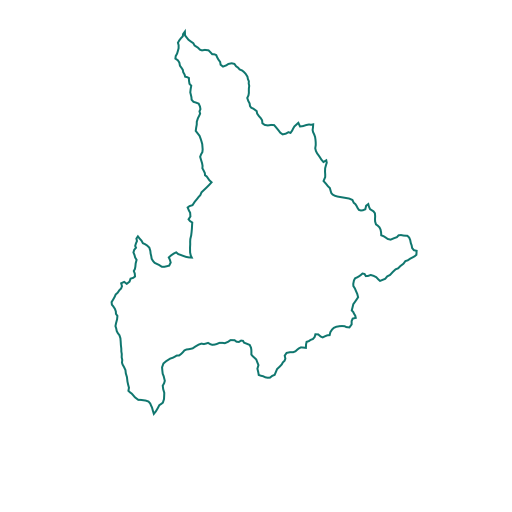 Santo Antônio do Monte, Minas Gerais, Brazil, rotated 21°
{"feature_id": "56859067B70923640932265", "entity_name": "Santo Antônio do Monte", "entity_type": "district", "adm_level": 2, "iso_a3": "BRA", "parent_name": "Brazil", "parent_adm1": "Minas Gerais", "projection": "natural_earth1", "projection_center": [-45.306, -20.094], "detail": "fine", "context": "isolated", "style": "outline", "palette": "teal", "viewbox_px": 512, "rotation_deg": 21, "n_neighbors": 0, "source": "geoboundaries", "source_scale": "gbopen_adm2", "svg_char_len": 6119}
<svg xmlns="http://www.w3.org/2000/svg" viewBox="0 0 512 512"><g transform="rotate(21 256 256)"><path d="M262.2,112.6L260.4,113.8L258.4,114.2L256.0,115.7L253.3,117.9L250.7,119.3L247.8,116.5L246.5,119.1L245.4,121.3L245.0,123.8L244.8,126.0L244.1,128.7L241.9,128.8L240.0,131.1L237.3,132.9L234.5,132.2L232.1,130.7L228.6,128.7L226.0,127.3L223.2,128.2L220.2,129.9L217.1,130.5L214.4,129.8L213.1,127.2L211.2,125.7L208.5,124.3L206.0,122.6L204.7,120.5L200.7,119.4L198.4,119.3L196.7,118.2L195.3,115.8L193.3,114.1L191.2,111.6L191.4,108.7L190.9,106.3L190.1,104.3L189.3,102.1L188.7,99.6L187.4,97.6L186.7,95.4L185.1,93.8L183.7,91.6L181.0,89.6L178.7,88.5L176.6,87.8L173.8,87.7L171.8,86.6L169.4,86.0L167.0,84.4L164.2,84.8L161.4,86.6L159.9,88.7L157.3,91.0L154.4,90.1L153.0,87.7L150.4,86.0L148.4,84.3L146.9,82.7L145.0,82.6L142.8,83.3L140.6,82.2L138.0,81.0L134.4,81.9L131.9,83.4L129.8,83.5L127.1,82.3L123.2,81.5L121.2,79.8L118.2,79.1L115.4,78.3L113.2,77.0L110.7,75.5L109.2,72.0L108.4,74.9L108.9,77.2L107.9,79.5L107.1,82.2L106.7,84.9L108.2,86.9L109.3,89.8L109.6,92.7L109.8,95.3L109.4,98.1L110.0,100.6L112.9,101.3L115.1,102.9L116.8,105.6L119.4,107.3L121.0,108.5L122.2,110.5L124.3,112.2L125.6,114.0L127.6,113.7L129.6,113.9L130.6,116.3L132.2,119.1L134.5,120.2L135.2,123.7L136.0,126.8L137.6,129.1L138.8,130.9L139.9,133.2L142.4,134.5L144.8,134.3L147.9,134.3L150.1,136.5L151.5,138.8L151.4,141.2L152.8,143.1L152.7,145.4L152.4,148.1L152.6,151.8L153.6,154.6L154.1,157.4L154.9,160.8L157.2,162.2L160.2,164.0L162.4,166.5L164.0,168.5L165.7,170.8L168.0,175.6L168.7,178.2L168.3,180.7L168.3,183.4L170.2,185.9L172.4,188.7L173.8,191.0L174.5,193.3L176.6,195.1L178.5,196.9L179.5,198.9L181.5,199.4L185.3,202.0L188.1,203.1L186.9,206.2L185.3,209.8L182.3,216.1L182.2,219.2L181.3,221.3L180.6,223.7L179.4,227.2L178.5,231.3L176.1,233.2L174.8,235.2L177.1,237.6L179.0,239.2L180.6,242.6L179.9,245.9L181.8,247.0L184.5,247.6L185.3,250.2L186.4,253.6L187.3,256.8L188.1,260.0L188.6,263.7L189.4,266.2L190.4,268.7L191.4,271.8L193.2,276.3L194.9,278.9L196.6,280.5L193.7,281.4L191.0,281.9L187.5,282.0L184.8,282.0L182.7,282.1L180.2,281.2L178.5,283.0L176.6,285.7L175.1,288.6L176.9,290.3L178.7,292.7L178.4,296.1L176.0,297.8L174.2,299.0L171.9,299.8L168.7,299.1L166.0,298.9L163.8,298.7L161.7,297.6L159.6,296.0L158.2,293.6L156.8,291.6L155.5,289.1L153.4,286.4L150.5,285.2L148.0,284.7L145.8,284.6L143.6,282.7L141.0,281.4L138.7,280.0L138.1,282.6L139.5,284.7L139.4,287.3L139.6,289.9L141.0,291.3L140.1,293.8L140.3,296.6L142.2,298.6L143.7,300.7L145.9,302.4L146.3,306.0L147.2,309.2L147.6,311.6L147.3,313.8L149.1,315.8L150.4,318.5L149.2,320.4L147.0,322.1L147.1,325.3L145.3,328.3L142.2,327.4L139.9,329.8L141.7,332.2L141.7,334.7L140.7,336.9L140.0,339.9L138.8,342.2L138.7,344.7L138.3,347.5L137.7,350.8L138.9,353.1L140.7,354.1L143.2,355.9L145.0,358.0L146.0,360.2L148.1,361.6L149.0,364.9L149.4,368.8L149.9,371.8L151.5,373.8L152.9,376.0L154.6,377.5L156.9,378.9L158.9,381.4L160.3,384.3L161.7,387.4L163.5,390.9L164.5,393.4L165.8,395.6L166.9,398.7L168.4,401.0L169.1,403.6L170.4,405.2L172.5,406.9L175.0,409.3L176.5,412.2L178.9,415.3L181.0,419.3L182.7,421.9L184.6,424.5L185.2,427.6L187.4,428.5L189.3,429.0L191.4,430.1L193.6,431.3L197.7,432.5L200.1,431.6L204.8,430.5L207.8,430.4L210.1,431.6L211.5,433.1L213.2,434.7L215.1,437.3L217.2,440.0L218.2,436.8L218.8,433.4L219.2,429.9L220.5,428.1L221.6,426.3L221.4,422.6L220.4,419.5L219.4,416.6L217.1,413.6L215.4,410.5L215.8,407.7L215.6,405.2L214.2,403.2L212.9,401.3L211.1,399.4L209.7,396.7L208.2,393.6L208.1,389.5L209.8,386.4L212.7,382.5L214.8,380.8L216.3,379.1L217.6,377.4L219.9,376.4L221.3,374.1L222.2,372.1L223.0,369.8L224.6,368.2L226.5,367.2L228.4,366.0L230.0,364.9L231.8,362.3L234.2,359.3L236.4,357.4L238.9,356.9L240.8,355.6L242.4,354.3L245.0,354.7L247.0,354.6L249.0,353.6L250.7,352.4L253.0,350.2L255.9,349.1L258.1,348.6L260.7,346.1L262.3,343.7L264.2,343.0L266.2,342.3L268.5,343.0L270.8,342.4L272.4,340.3L274.3,339.9L275.9,341.2L278.6,341.2L282.0,341.3L284.2,343.4L285.3,345.3L286.2,347.5L287.0,349.7L288.8,350.7L291.4,351.7L293.3,352.5L294.9,354.3L297.4,357.0L297.7,360.7L299.7,363.6L301.2,366.1L303.7,366.0L305.6,365.7L308.2,365.9L310.4,365.5L312.6,364.6L314.1,362.1L316.0,360.3L316.2,354.0L317.8,350.7L318.9,348.0L319.2,345.7L320.2,343.6L320.2,341.3L318.5,338.7L319.3,335.5L322.1,333.7L325.2,332.5L327.0,330.8L328.1,328.6L329.2,326.8L330.7,325.2L332.7,324.6L335.5,323.9L334.4,320.6L334.0,318.0L335.8,316.6L337.0,314.8L338.9,313.1L339.8,310.5L339.5,307.8L342.2,306.9L345.2,308.0L347.4,308.1L349.1,306.3L351.0,304.5L353.1,303.5L352.7,300.4L353.4,297.3L354.4,295.2L356.3,293.3L359.3,291.5L361.6,290.5L363.9,289.8L365.8,290.0L368.8,289.2L369.8,285.6L368.6,282.5L368.7,279.8L371.3,278.0L370.0,276.1L368.4,274.9L366.8,273.4L364.9,272.5L364.5,269.1L364.1,266.1L364.9,263.1L365.6,260.1L366.1,257.9L364.1,255.1L362.1,253.1L359.9,250.8L357.7,249.2L356.8,247.2L356.2,243.7L356.5,241.3L358.1,239.7L359.4,238.1L360.6,236.3L361.7,234.2L363.8,233.9L365.7,235.4L367.7,234.5L369.9,232.6L372.9,232.4L375.9,232.7L378.6,234.0L380.7,234.8L384.8,231.0L385.8,228.0L387.9,225.7L389.5,221.7L391.1,218.4L393.1,216.6L394.4,213.6L396.4,210.4L397.3,207.2L399.2,205.7L401.0,203.1L402.7,201.2L404.2,199.4L405.3,197.4L404.1,193.6L401.3,194.0L398.9,192.6L397.5,190.3L396.0,188.6L394.2,185.8L392.4,183.9L390.1,182.9L386.6,184.0L383.8,184.5L381.7,185.6L380.8,187.9L378.5,189.9L375.8,192.5L372.9,192.9L370.5,192.3L368.1,191.8L365.5,191.8L364.3,189.1L362.8,186.7L361.0,185.0L358.7,184.0L356.7,183.5L354.9,181.2L353.9,179.0L353.0,176.2L351.7,173.5L349.7,172.2L345.7,171.4L343.7,169.4L342.2,167.3L340.8,169.6L341.3,173.2L339.4,175.0L337.7,175.9L335.6,176.1L333.8,174.9L331.8,173.1L330.1,171.9L328.2,171.3L325.9,169.1L322.3,169.0L317.7,169.9L312.8,170.9L310.7,171.3L308.0,171.5L305.6,171.2L303.8,170.3L302.3,168.4L300.6,166.1L298.2,165.1L295.5,163.5L292.2,161.8L292.3,157.5L291.4,155.1L290.2,152.5L289.1,149.3L288.8,146.5L288.6,143.5L287.3,141.5L285.3,144.1L282.5,142.6L280.1,140.8L278.2,139.5L276.3,138.3L274.3,136.5L272.7,134.2L272.0,131.0L271.0,128.5L269.9,126.2L268.5,123.7L266.8,121.7L264.9,119.9L263.7,118.1L263.1,115.5L262.2,112.6Z" fill="none" stroke="#0f766e" stroke-width="2"/></g></svg>